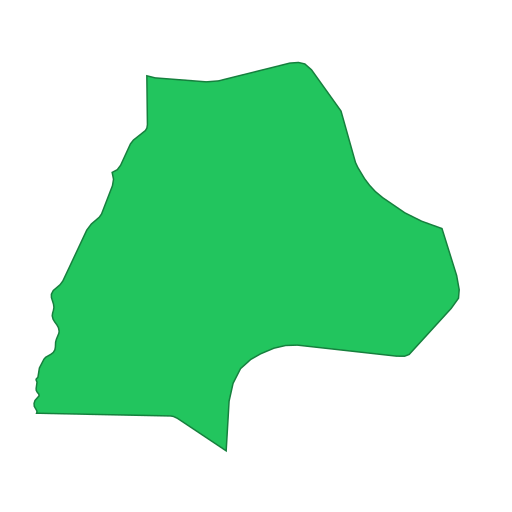 the border of Kassala, rotated 186°
{"feature_id": "SDN-884", "entity_name": "Kassala", "entity_type": "State", "adm_level": 1, "iso_a3": "SDN", "parent_name": "Sudan", "parent_adm1": "", "projection": "orthographic", "projection_center": [36.251, 15.89], "detail": "fine", "context": "isolated", "style": "filled", "palette": "green", "viewbox_px": 512, "rotation_deg": 186, "n_neighbors": 0, "source": "natural_earth", "source_scale": "10m", "svg_char_len": 1349}
<svg xmlns="http://www.w3.org/2000/svg" viewBox="0 0 512 512"><g transform="rotate(186 256 256)"><path d="M451.4,172.5L452.4,175.2L452.3,177.9L451.8,180.6L451.6,183.9L452.4,187.1L455.1,193.3L455.5,196.6L454.0,200.5L447.9,206.9L445.5,210.9L440.6,224.9L434.0,243.9L427.0,264.1L423.1,270.6L415.9,278.2L414.0,281.6L406.1,310.9L405.7,317.4L407.8,324.1L403.0,327.3L400.1,332.1L392.6,354.3L390.0,358.5L379.1,369.2L377.9,371.8L377.7,375.2L379.4,389.7L382.4,415.3L383.4,423.8L374.9,422.6L323.6,424.0L311.7,426.2L242.5,451.4L234.0,452.9L227.5,452.1L220.2,446.9L186.6,409.0L166.8,359.3L164.0,354.7L156.1,344.2L150.5,338.2L144.1,332.6L136.2,327.3L112.5,314.5L94.9,307.9L73.9,302.7L54.4,257.5L50.4,243.7L50.2,235.2L56.4,224.3L93.4,174.1L97.7,171.9L105.8,171.1L205.6,171.7L217.2,170.1L228.5,166.2L241.2,159.2L250.4,152.6L259.6,142.4L265.5,127.0L267.6,108.9L265.3,59.1L317.3,86.4L321.4,87.8L324.1,88.0L457.8,76.7L457.5,77.9L457.9,79.3L460.8,83.3L461.3,86.2L460.7,89.2L457.1,94.3L457.6,96.0L459.2,97.5L460.5,99.4L460.8,101.3L460.6,107.4L460.8,108.0L461.6,109.4L461.8,110.3L461.6,110.9L460.5,112.2L460.2,112.8L459.7,122.0L456.1,131.2L454.6,133.3L449.7,136.8L447.5,138.9L446.2,141.7L446.0,144.5L446.3,149.4L445.8,152.4L444.0,158.5L443.9,160.6L445.0,164.1L446.9,166.8L449.2,169.3L451.3,172.1L451.4,172.5Z" fill="#22c55e" stroke="#15803d" stroke-width="1.5"/></g></svg>